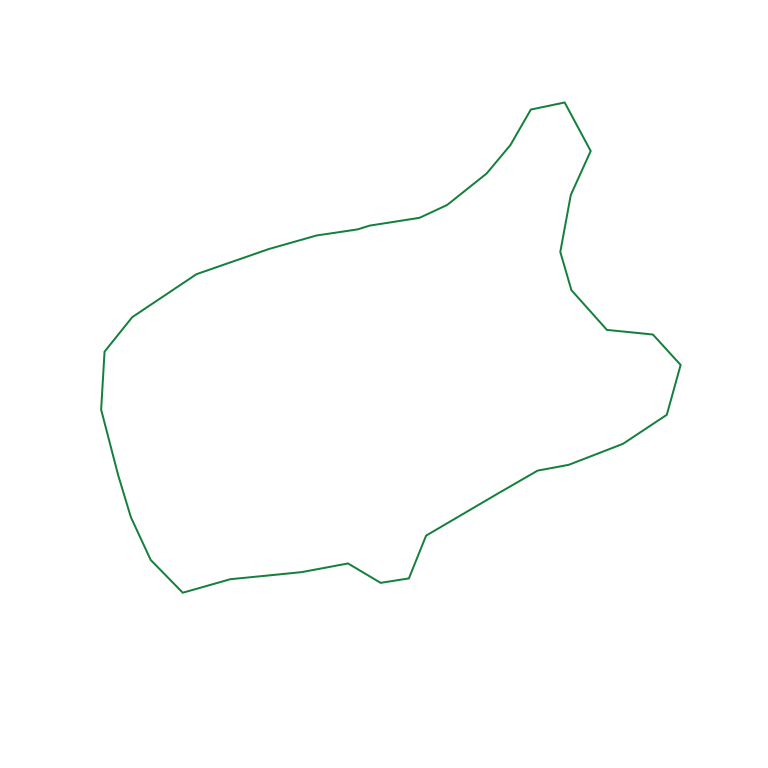 the border of City of Minsk, rotated 335°
{"feature_id": "BLR-4825", "entity_name": "City of Minsk", "entity_type": "Municipality", "adm_level": 1, "iso_a3": "BLR", "parent_name": "Belarus", "parent_adm1": "", "projection": "robinson", "projection_center": [27.633, 53.903], "detail": "fine", "context": "isolated", "style": "outline", "palette": "green", "viewbox_px": 768, "rotation_deg": 335, "n_neighbors": 0, "source": "natural_earth", "source_scale": "10m", "svg_char_len": 608}
<svg xmlns="http://www.w3.org/2000/svg" viewBox="0 0 768 768"><g transform="rotate(335 384 384)"><path d="M633.1,197.3L666.7,205.2L669.8,260.2L633.2,291.6L599.6,338.8L593.5,378.1L608.9,429.2L648.6,452.8L660.9,492.1L627.3,531.4L575.3,539.2L517.2,535.3L486.6,527.4L440.7,531.4L358.1,539.2L324.4,570.7L296.9,562.8L275.5,531.4L229.6,519.6L162.3,496.0L113.4,488.1L98.2,444.9L98.3,397.8L104.5,354.5L116.8,287.7L144.4,236.6L184.1,217.0L260.5,205.2L336.8,213.0L385.7,220.9L425.4,232.7L438.0,234.4L486.5,248.4L517.0,248.4L565.9,236.6L599.5,220.9L633.1,197.3Z" fill="none" stroke="#15803d" stroke-width="2"/></g></svg>